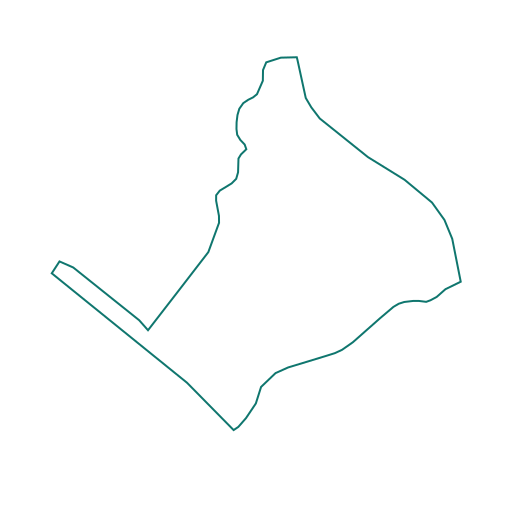 the border of Mono, rotated 52°
{"feature_id": "BEN-2180", "entity_name": "Mono", "entity_type": "Department", "adm_level": 1, "iso_a3": "BEN", "parent_name": "Benin", "parent_adm1": "", "projection": "albers", "projection_center": [1.785, 6.48], "detail": "fine", "context": "isolated", "style": "outline", "palette": "teal", "viewbox_px": 512, "rotation_deg": 52, "n_neighbors": 0, "source": "natural_earth", "source_scale": "10m", "svg_char_len": 965}
<svg xmlns="http://www.w3.org/2000/svg" viewBox="0 0 512 512"><g transform="rotate(52 256 256)"><path d="M155.0,196.9L148.9,196.2L143.9,193.2L138.6,188.9L133.5,183.8L129.7,178.5L127.7,171.9L128.1,166.0L129.2,160.6L129.1,155.6L122.1,142.7L113.8,136.0L109.7,128.7L115.0,114.3L124.5,101.5L127.2,102.7L162.1,119.5L172.9,120.9L186.9,121.1L247.0,106.9L287.4,92.0L322.2,84.4L343.6,85.3L363.3,90.8L402.3,110.5L398.8,127.1L399.5,138.8L398.3,145.8L396.9,150.1L391.6,155.4L388.3,159.6L383.5,167.5L381.5,172.9L380.7,179.0L381.4,196.4L383.6,232.8L382.9,246.0L381.1,253.7L377.6,263.0L363.6,299.3L360.3,312.7L362.3,332.6L372.1,346.9L377.6,363.7L379.8,375.2L379.4,380.8L313.4,388.4L143.9,427.6L139.3,414.2L152.5,407.1L234.7,387.6L248.0,386.8L236.0,339.6L223.6,291.2L207.1,264.7L201.6,260.5L187.9,253.4L183.6,250.0L182.2,244.3L183.8,230.5L183.0,224.1L179.0,218.6L168.4,209.8L166.7,205.3L165.9,197.9L161.2,196.3L155.0,196.9Z" fill="none" stroke="#0f766e" stroke-width="2"/></g></svg>